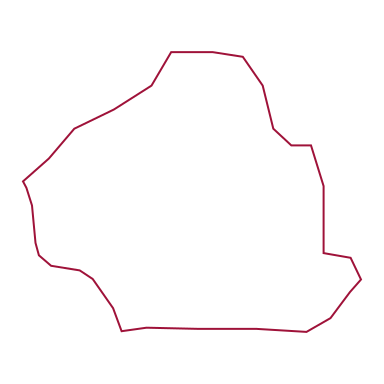 the border of Centar župa
{"feature_id": "MKD-2951", "entity_name": "Centar župa", "entity_type": "Statistical Region", "adm_level": 1, "iso_a3": "MKD", "parent_name": "North Macedonia", "parent_adm1": "", "projection": "albers", "projection_center": [20.577, 41.464], "detail": "fine", "context": "isolated", "style": "outline", "palette": "rose", "viewbox_px": 384, "rotation_deg": 0, "n_neighbors": 0, "source": "natural_earth", "source_scale": "10m", "svg_char_len": 508}
<svg xmlns="http://www.w3.org/2000/svg" viewBox="0 0 384 384"><path d="M121.6,331.2L113.1,308.2L92.7,279.0L79.7,270.4L51.1,265.8L38.9,255.3L35.5,242.9L32.0,205.5L26.4,187.8L23.0,181.4L48.9,158.5L74.3,128.7L113.9,109.5L151.5,85.6L171.2,52.1L212.5,52.1L242.8,56.8L262.7,85.6L273.3,128.7L291.3,145.4L311.0,145.4L323.6,186.1L323.6,221.9L323.6,253.1L350.6,257.8L361.0,279.5L350.0,292.0L330.5,318.1L306.5,331.9L256.9,328.9L199.6,328.9L146.5,327.7L121.6,331.2Z" fill="none" stroke="#9f1239" stroke-width="2"/></svg>